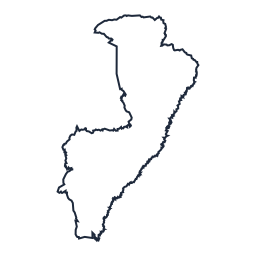 Valledupar, Cesar, Colombia (Natural Earth projection)
{"feature_id": "7082276B67264617376503", "entity_name": "Valledupar", "entity_type": "district", "adm_level": 2, "iso_a3": "COL", "parent_name": "Colombia", "parent_adm1": "Cesar", "projection": "natural_earth1", "projection_center": [-73.4, 10.343], "detail": "fine", "context": "isolated", "style": "outline", "palette": "slate", "viewbox_px": 256, "rotation_deg": 0, "n_neighbors": 0, "source": "geoboundaries", "source_scale": "gbopen_adm2", "svg_char_len": 5854}
<svg xmlns="http://www.w3.org/2000/svg" viewBox="0 0 256 256"><path d="M104.7,20.8L98.0,25.0L95.3,28.2L94.7,29.4L95.6,30.4L94.7,32.5L98.4,32.8L99.5,32.3L101.8,33.7L103.9,33.8L106.7,37.1L107.7,37.2L108.8,38.5L111.4,38.6L112.5,39.6L112.1,40.5L110.9,40.6L108.8,42.6L116.7,46.4L116.6,73.8L120.1,89.1L121.5,88.8L121.3,89.5L123.5,91.1L125.7,94.5L125.2,95.7L124.3,95.1L123.2,95.8L123.1,95.0L122.2,96.6L121.4,96.6L120.9,98.0L121.7,98.3L121.2,100.1L122.3,100.6L122.1,101.2L123.4,102.7L124.7,105.7L124.4,107.5L125.7,110.3L126.6,111.4L129.2,112.3L131.7,117.6L131.3,119.5L128.6,121.6L129.3,124.2L130.3,124.4L130.9,125.7L129.8,126.8L129.0,125.1L128.1,125.0L126.8,126.0L127.1,127.3L125.4,126.6L124.1,126.9L123.3,128.3L122.5,128.1L121.7,128.6L121.1,127.0L119.3,128.7L117.6,129.0L117.6,130.6L115.7,130.7L114.1,128.9L113.2,130.6L112.2,130.2L109.8,130.5L104.7,128.7L103.0,129.4L102.7,130.2L102.1,129.4L100.6,130.6L98.8,129.7L97.3,130.1L95.8,129.5L95.2,130.2L93.2,130.6L93.5,131.5L92.9,132.8L91.7,133.2L88.8,131.4L86.8,131.1L85.9,130.0L86.0,128.5L85.3,128.2L84.4,129.4L82.7,129.8L81.3,129.5L79.4,130.9L77.0,126.3L76.4,127.6L76.6,130.8L75.7,131.4L74.3,134.8L72.0,134.5L70.5,135.5L69.4,137.8L69.6,139.4L67.0,141.5L65.9,143.5L64.3,143.9L64.3,144.7L63.3,145.0L62.4,147.2L63.4,149.7L64.7,149.6L64.5,150.6L65.2,151.3L64.3,152.1L64.6,152.6L66.0,152.8L65.3,154.3L66.3,155.2L65.5,155.8L66.3,158.3L65.4,160.6L66.5,163.2L65.3,163.5L64.9,166.0L65.6,167.0L66.1,166.6L67.0,169.0L67.3,168.4L68.4,168.9L68.7,167.7L69.4,168.5L71.2,168.1L71.0,169.0L73.1,169.3L70.8,169.9L69.5,171.1L67.6,171.8L65.9,174.1L63.3,179.4L63.4,182.9L64.3,184.4L59.0,187.5L57.6,191.6L59.3,192.8L60.9,191.6L61.5,192.8L62.3,192.9L65.6,190.8L65.6,192.7L67.0,192.6L66.9,194.5L68.1,198.0L69.3,199.4L71.5,200.6L72.8,203.0L73.4,210.6L74.7,212.5L76.3,217.6L76.0,218.6L77.7,221.2L75.5,220.8L76.8,226.6L75.7,229.8L75.6,234.3L76.5,236.0L77.3,237.0L78.8,237.0L79.0,238.5L84.7,236.9L92.5,238.0L92.4,232.6L94.6,234.8L94.5,236.1L95.0,237.0L94.4,237.7L94.9,238.8L94.4,239.4L95.3,238.8L95.9,239.5L95.9,238.6L96.4,238.8L96.6,238.3L97.2,238.7L96.7,239.6L97.7,240.2L98.0,239.8L97.9,240.5L98.4,240.6L99.3,238.3L98.5,237.8L98.6,235.2L99.6,235.3L99.4,234.8L100.0,234.8L100.2,233.6L101.2,233.6L101.5,232.9L101.1,233.0L100.9,232.1L101.5,232.4L101.8,231.4L103.3,231.6L103.9,230.4L103.5,230.0L103.6,229.2L104.2,229.1L103.6,228.8L104.2,226.8L103.8,226.0L103.7,226.5L103.2,226.2L103.3,225.3L102.8,224.7L104.1,222.4L103.8,221.6L104.3,220.3L103.6,219.0L104.0,218.8L103.7,217.8L104.5,216.9L105.4,217.6L105.5,217.2L106.2,217.3L106.9,216.5L107.0,215.0L107.9,214.8L107.7,213.4L108.3,212.5L107.9,212.4L108.3,211.7L107.9,211.0L109.8,209.3L109.5,208.3L110.1,208.2L109.6,207.8L110.0,207.8L109.9,206.8L110.7,206.1L111.4,203.3L111.9,203.5L111.8,202.5L112.7,201.8L112.3,201.5L113.4,200.3L113.0,199.3L113.4,199.3L113.3,198.5L114.3,199.0L113.9,198.3L114.7,197.2L115.7,197.7L115.9,198.6L117.0,198.4L117.9,196.9L118.7,197.7L120.5,197.0L120.1,196.5L121.0,195.5L120.2,195.5L120.5,194.6L121.1,194.6L121.0,193.0L123.1,192.2L122.7,191.3L123.3,190.2L123.4,189.1L123.0,188.8L123.4,187.9L124.6,186.9L126.5,186.3L127.8,184.0L128.3,184.4L128.9,183.8L129.2,184.3L130.0,182.6L130.8,182.2L130.9,183.0L131.8,183.0L133.5,181.9L134.0,182.1L135.7,178.9L136.5,179.0L137.2,176.7L137.9,176.1L138.5,176.2L138.1,175.3L139.1,174.7L139.7,174.9L139.5,173.8L140.3,174.0L139.9,173.3L140.6,172.6L139.6,172.6L139.8,171.3L141.0,170.0L141.5,168.7L142.0,168.7L142.6,167.0L143.4,167.5L143.5,166.0L144.3,166.2L144.5,164.9L144.5,165.9L145.8,165.7L145.8,164.2L146.4,164.1L147.4,162.6L148.0,163.0L148.3,162.6L148.2,162.0L147.3,162.2L147.3,161.6L148.3,161.4L148.9,159.9L149.6,160.8L150.2,159.1L151.2,159.1L151.7,157.5L152.8,157.3L152.8,156.5L154.7,156.6L155.0,155.7L156.3,155.8L156.7,154.9L157.4,155.6L157.9,153.8L158.7,153.2L158.3,152.2L161.3,149.4L161.4,147.6L162.4,147.8L163.6,146.3L163.5,145.6L162.8,145.7L162.8,144.7L161.5,144.9L161.2,144.3L162.7,143.3L163.2,142.0L164.6,142.2L165.3,140.7L164.2,139.6L164.6,138.7L163.7,137.7L165.2,137.7L166.2,136.4L167.6,135.7L166.5,135.4L165.8,134.1L167.6,131.0L165.9,130.5L166.7,129.1L166.2,128.0L166.6,127.6L167.1,128.1L168.7,128.1L169.0,127.3L167.9,127.7L167.2,126.6L169.3,124.8L169.2,123.3L170.6,123.8L171.5,122.4L171.0,121.0L170.3,121.8L169.7,121.5L170.3,119.9L169.3,118.6L170.2,118.6L171.0,117.3L172.2,117.7L172.0,115.7L172.8,116.2L173.7,115.8L172.8,114.8L174.2,113.8L174.3,111.8L174.9,112.6L176.6,111.0L176.4,109.3L178.2,108.5L178.1,106.5L177.5,105.5L179.7,103.9L179.0,101.5L179.5,101.4L179.9,100.0L181.0,100.0L180.2,98.4L182.2,97.6L181.5,97.0L181.5,96.0L182.9,96.9L182.6,96.1L183.5,96.1L183.7,94.8L185.7,94.4L185.9,93.3L185.2,93.3L184.9,92.6L186.0,92.3L186.0,91.3L186.7,91.3L187.1,87.8L188.1,87.5L189.0,88.8L189.7,88.5L189.7,87.5L190.8,87.2L191.1,85.9L192.1,85.5L192.6,85.9L193.4,83.9L194.2,83.6L194.1,82.4L194.9,81.9L194.3,81.6L193.8,80.3L194.0,77.7L195.3,77.7L195.1,77.3L196.0,76.7L196.0,75.4L196.5,75.5L196.8,73.7L196.4,72.7L196.8,72.1L196.0,71.1L196.4,70.1L196.1,69.5L196.5,67.8L198.4,65.1L197.3,63.5L197.2,62.0L196.4,62.0L194.8,60.1L193.5,59.8L193.2,58.9L191.8,58.3L191.2,55.5L187.3,54.6L186.4,53.7L186.3,52.9L184.8,52.3L182.5,49.3L180.2,49.9L179.7,50.5L178.1,49.8L174.7,50.4L174.1,50.1L173.2,47.9L172.8,44.8L171.6,44.1L169.1,45.3L167.3,45.4L166.6,44.6L163.7,44.4L162.4,45.6L161.2,45.8L161.9,43.9L161.5,43.1L162.7,41.8L162.4,41.3L163.1,40.5L162.9,39.9L163.6,39.9L165.9,36.2L165.9,35.0L165.0,34.6L165.1,33.8L164.5,33.2L166.1,28.9L165.2,28.1L166.0,27.1L165.2,23.9L163.6,23.2L163.2,21.5L163.5,20.2L161.2,19.6L160.9,17.7L159.9,17.6L159.0,16.5L158.0,17.9L157.2,17.9L154.8,20.0L152.5,17.5L151.3,17.5L150.2,16.5L143.6,17.4L142.7,16.7L141.5,17.0L139.9,15.4L131.8,15.9L128.0,15.4L126.7,16.0L126.0,15.4L124.1,15.5L121.3,17.6L120.1,17.1L116.6,19.7L114.2,19.5L112.1,20.2L108.8,19.8L106.6,20.8L104.7,20.8Z" fill="none" stroke="#1e293b" stroke-width="2"/></svg>